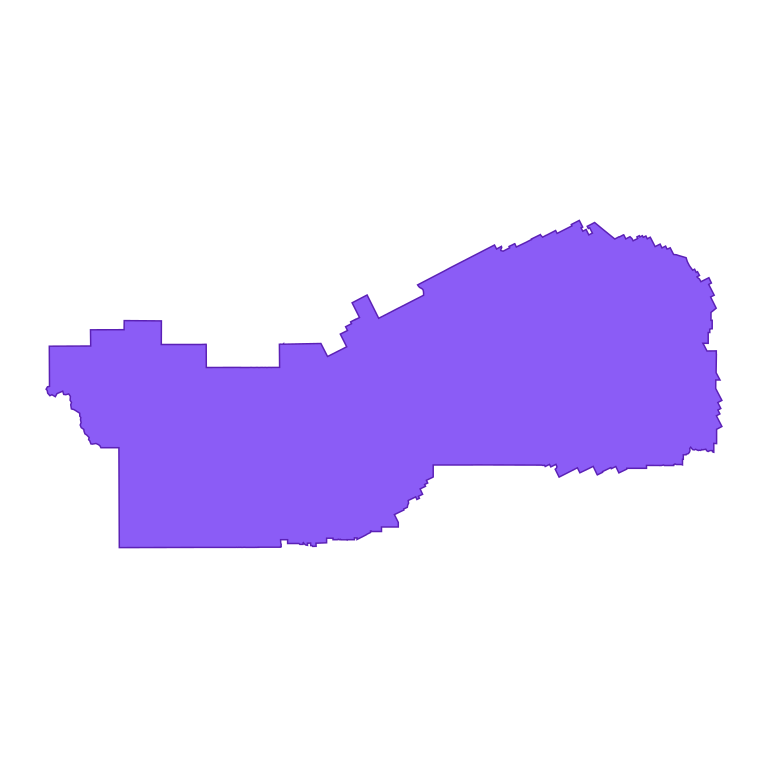 Beverley, Western Australia, Australia
{"feature_id": "25037944B89171502248139", "entity_name": "Beverley", "entity_type": "district", "adm_level": 2, "iso_a3": "AUS", "parent_name": "Australia", "parent_adm1": "Western Australia", "projection": "orthographic", "projection_center": [116.842, -32.16], "detail": "fine", "context": "isolated", "style": "filled", "palette": "violet", "viewbox_px": 768, "rotation_deg": 0, "n_neighbors": 0, "source": "geoboundaries", "source_scale": "gbopen_adm2", "svg_char_len": 5754}
<svg xmlns="http://www.w3.org/2000/svg" viewBox="0 0 768 768"><path d="M100.9,447.7L118.9,447.7L119.3,547.6L201.3,547.4L229.6,547.4L230.0,547.4L230.4,547.4L231.0,547.4L231.6,547.4L232.6,547.4L235.8,547.4L236.5,547.3L236.8,547.4L238.2,547.4L238.8,547.3L239.1,547.4L240.3,547.3L240.9,547.4L241.1,547.3L241.5,547.4L243.1,547.4L243.5,547.3L245.2,547.3L245.6,547.4L246.5,547.4L255.3,547.4L255.8,547.3L256.7,547.4L256.9,547.4L257.1,547.3L258.6,547.3L258.8,547.3L258.8,547.2L259.0,547.2L280.6,547.2L280.6,546.5L281.2,546.5L281.1,545.1L281.2,544.5L281.2,544.4L280.7,542.9L280.7,542.5L280.6,540.4L280.6,539.7L287.6,539.7L287.6,543.5L299.0,543.5L299.9,544.4L300.8,544.4L303.0,544.4L303.1,542.8L303.4,542.6L303.7,543.1L304.0,543.5L305.2,544.6L305.4,544.8L305.7,544.9L306.2,545.1L307.2,545.2L307.5,545.3L307.4,543.2L310.6,543.1L310.7,545.6L312.0,545.6L312.6,546.4L316.1,546.3L316.0,543.2L326.6,542.8L326.6,538.2L333.0,538.2L333.0,539.7L337.4,539.7L337.5,539.6L337.8,539.5L337.9,539.4L338.1,539.3L338.4,539.3L338.5,539.5L339.8,539.7L340.0,539.4L340.3,539.3L340.5,539.4L340.6,539.6L341.3,539.7L341.3,539.8L346.4,539.8L346.9,540.0L346.9,539.7L354.4,539.7L354.4,537.9L357.0,537.9L357.0,539.5L358.9,538.5L359.2,538.4L360.9,537.5L361.8,537.1L366.2,534.8L366.7,534.5L367.0,534.2L370.5,532.5L370.5,531.0L371.2,531.0L371.2,531.5L381.5,531.5L381.5,527.0L398.3,527.0L398.3,522.4L394.4,514.6L398.7,512.5L403.9,510.0L403.7,509.0L407.3,507.3L407.7,505.1L408.6,503.1L408.2,500.5L415.7,496.9L416.9,499.5L419.4,498.3L418.4,496.3L422.6,494.3L420.1,488.9L425.5,486.3L424.6,484.5L427.7,483.0L426.4,480.3L433.1,477.1L433.2,476.8L433.2,465.0L445.8,465.0L454.9,465.0L469.7,465.0L476.6,464.9L541.8,465.1L542.7,465.4L544.6,465.3L545.2,466.5L549.5,464.4L550.8,466.9L556.0,464.3L556.1,464.5L556.2,465.2L556.5,465.6L556.8,466.2L556.9,466.7L556.7,467.7L556.0,468.6L555.2,469.2L559.1,477.1L577.4,467.8L579.9,472.8L593.2,466.4L597.2,474.8L597.3,474.9L602.6,472.3L602.7,472.1L602.5,471.6L610.8,467.6L611.3,468.7L615.8,466.5L618.9,472.9L626.8,469.1L626.8,468.3L646.5,468.3L646.5,465.4L661.4,465.5L662.2,465.3L663.7,465.0L664.3,465.5L673.6,465.5L673.6,464.6L674.4,464.6L675.0,463.9L675.5,464.1L676.0,464.4L676.5,464.5L681.1,464.5L681.6,464.6L682.5,464.9L682.5,464.4L682.5,459.3L683.3,459.3L683.3,454.8L686.0,454.8L686.0,454.4L688.3,453.6L689.4,452.3L690.0,450.4L689.7,448.5L690.7,447.2L692.6,449.6L694.1,449.9L694.3,449.9L695.5,449.3L698.3,450.5L698.9,450.2L700.8,450.4L701.6,449.7L701.8,449.5L702.8,449.9L703.6,449.6L704.4,449.5L705.8,449.2L706.5,450.2L706.5,450.6L708.1,451.5L710.0,450.6L712.5,450.6L712.5,451.7L713.3,452.2L713.8,452.3L713.8,443.4L716.6,443.6L716.6,429.3L721.9,426.5L716.4,415.8L719.9,413.9L717.9,410.0L720.8,408.5L717.8,402.5L721.9,400.4L715.7,388.5L715.8,380.0L720.0,380.0L716.1,372.7L716.4,354.1L716.3,353.9L716.3,350.9L707.0,351.0L704.0,345.2L702.9,343.3L708.2,343.3L708.2,332.5L709.8,332.5L709.7,329.2L711.3,328.8L711.6,328.8L712.2,328.8L712.2,320.3L711.0,320.4L711.0,312.4L716.2,308.2L710.6,297.0L714.2,295.2L708.7,284.4L711.4,283.0L708.9,277.7L700.9,281.7L699.8,279.6L699.5,279.1L699.2,278.8L698.8,278.6L698.5,278.4L697.0,276.9L697.3,276.6L699.5,275.5L697.5,271.7L696.2,272.4L694.6,269.2L692.7,270.2L689.9,266.4L689.3,265.5L688.6,264.1L687.6,262.2L687.3,261.5L687.0,260.6L686.1,257.7L678.3,255.4L676.6,254.8L675.8,254.7L673.6,254.5L670.2,247.8L668.2,248.7L667.6,248.9L667.0,249.0L665.6,246.1L662.0,247.9L660.1,244.1L655.1,246.6L650.9,238.4L650.2,237.2L647.3,238.8L645.9,236.0L643.2,237.3L642.4,235.7L639.9,236.9L639.3,235.7L636.9,236.9L637.7,238.5L633.1,240.8L632.1,238.8L631.9,238.5L630.0,236.7L625.8,238.9L623.8,234.9L623.5,234.8L619.3,237.0L619.0,236.8L614.8,239.0L603.2,229.6L594.6,222.5L591.0,224.4L587.2,226.3L588.3,228.5L589.7,227.8L592.4,233.1L588.8,234.9L586.1,229.5L582.8,231.2L581.1,227.9L582.7,227.1L579.3,220.4L571.3,224.5L571.9,225.9L557.1,233.4L555.6,230.5L546.3,235.3L546.1,235.3L542.6,237.2L540.5,235.0L540.4,234.6L531.4,239.0L531.6,239.5L527.2,241.7L527.1,241.8L516.3,247.0L514.8,243.7L514.6,243.7L512.3,244.9L509.1,246.4L509.0,246.5L509.7,247.8L503.1,251.2L500.8,250.5L500.9,249.3L501.7,247.7L501.4,246.4L496.6,249.0L494.5,245.0L453.7,266.0L450.2,267.8L444.3,271.0L417.6,284.9L418.5,286.2L419.3,287.1L419.9,287.6L421.3,288.3L422.3,289.0L422.6,289.2L422.7,289.3L423.2,290.3L423.5,291.9L423.6,293.8L423.5,295.4L423.3,295.4L420.4,296.9L420.2,297.0L396.7,309.0L378.7,318.3L367.1,295.0L359.2,299.1L355.2,301.2L352.1,302.8L359.5,317.5L355.4,319.6L355.4,319.4L350.7,321.8L351.0,322.5L350.9,322.5L351.5,323.7L345.6,326.7L347.5,330.5L340.3,334.1L346.7,346.8L327.6,356.5L327.5,356.4L320.9,343.5L283.5,344.2L283.5,343.9L283.4,344.0L282.1,344.2L281.1,344.2L280.3,344.1L280.1,344.2L279.5,344.3L279.4,344.3L279.6,367.4L277.4,367.4L276.9,367.4L275.9,367.4L275.5,367.4L274.4,367.4L273.9,367.4L271.7,367.4L271.6,367.5L270.1,367.4L268.3,367.4L267.3,367.5L267.0,367.5L266.2,367.5L265.9,367.4L265.3,367.4L264.6,367.4L264.1,367.5L262.4,367.4L261.1,367.4L259.5,367.5L258.5,367.5L258.0,367.5L257.8,367.4L256.7,367.4L254.8,367.5L253.3,367.5L251.0,367.4L249.1,367.5L247.0,367.5L245.0,367.5L244.2,367.5L242.6,367.5L241.7,367.5L240.4,367.5L240.4,367.4L206.3,367.5L206.2,344.7L206.1,344.3L200.6,344.5L161.3,344.5L161.4,320.9L124.2,320.6L124.1,329.7L90.5,329.8L90.7,346.0L49.3,346.2L49.5,386.4L47.5,386.8L46.1,389.2L47.2,390.4L47.7,393.2L49.9,395.7L51.9,394.7L55.3,396.7L57.0,393.6L62.7,391.2L63.7,394.4L65.8,394.7L68.7,393.9L70.4,396.4L70.1,400.2L71.5,402.5L70.7,404.7L71.4,408.9L74.0,409.6L79.7,413.2L79.8,416.2L80.8,417.5L80.5,419.6L81.1,422.6L80.2,425.0L81.2,427.6L83.8,429.4L84.0,431.0L84.1,431.4L84.9,433.8L86.7,435.0L89.1,437.5L88.6,439.7L89.7,440.7L90.9,443.9L92.4,444.1L96.0,443.5L98.4,444.6L99.9,445.7L100.9,447.7Z" fill="#8b5cf6" stroke="#5b21b6" stroke-width="1.5"/></svg>